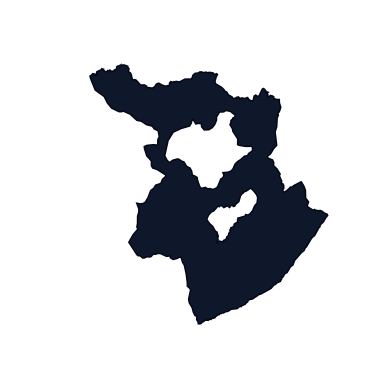 outline of Minahasa, Sulawesi Utara, Indonesia, rotated 20°
{"feature_id": "22746128B63895215577583", "entity_name": "Minahasa", "entity_type": "district", "adm_level": 2, "iso_a3": "IDN", "parent_name": "Indonesia", "parent_adm1": "Sulawesi Utara", "projection": "albers", "projection_center": [124.81, 1.242], "detail": "fine", "context": "isolated", "style": "filled", "palette": "ink", "viewbox_px": 384, "rotation_deg": 20, "n_neighbors": 0, "source": "geoboundaries", "source_scale": "gbopen_adm2", "svg_char_len": 6009}
<svg xmlns="http://www.w3.org/2000/svg" viewBox="0 0 384 384"><g transform="rotate(20 192 192)"><path d="M175.7,72.8L174.7,72.5L174.3,73.2L174.1,72.9L173.6,73.5L172.3,73.6L171.3,73.0L170.7,73.6L170.6,73.0L168.5,73.3L168.6,72.9L168.4,73.6L167.2,73.6L167.2,74.2L165.2,74.7L164.6,74.4L162.0,75.8L159.7,76.0L158.8,76.9L158.5,76.5L159.9,75.8L158.4,76.4L157.2,78.0L154.2,79.5L152.9,82.1L153.2,84.2L152.3,86.3L146.8,88.3L142.6,92.8L140.1,93.4L139.9,92.6L140.0,93.4L139.1,93.6L139.0,94.3L137.1,94.6L136.4,95.4L134.3,95.5L133.6,97.5L133.9,98.5L133.4,98.6L134.0,98.5L134.1,99.5L133.1,100.7L132.7,100.4L131.1,101.6L126.6,101.7L124.1,101.1L123.0,101.4L121.6,102.9L121.3,103.8L122.1,104.1L121.3,104.0L121.2,105.3L119.9,107.2L119.0,108.0L116.4,108.5L116.6,108.9L114.1,109.1L113.2,108.1L110.8,107.6L107.1,109.0L106.0,108.8L105.9,109.4L105.8,108.4L101.3,106.0L99.5,106.0L98.9,106.8L97.0,106.5L96.9,105.4L95.8,104.6L95.5,103.6L95.2,103.8L94.8,102.5L93.5,101.2L91.1,100.6L90.6,97.6L89.6,97.4L88.6,95.8L85.3,95.8L83.8,96.1L82.5,97.3L82.1,96.9L82.1,97.5L81.2,97.3L79.9,98.8L78.8,99.3L78.4,100.4L79.0,101.0L78.6,102.8L77.3,103.8L77.7,104.7L76.9,105.2L77.2,105.6L76.0,105.6L75.4,106.3L73.1,105.4L72.3,106.7L71.2,106.7L71.0,107.8L69.9,108.5L67.3,108.0L67.0,106.8L65.0,107.1L64.7,108.4L61.5,111.4L61.5,112.6L62.8,113.9L61.4,114.2L61.6,115.5L59.9,114.5L58.3,114.7L57.1,117.6L56.5,117.9L58.1,120.3L66.2,129.3L76.8,132.3L82.1,137.3L87.8,140.7L95.9,141.5L98.3,140.7L99.8,139.5L107.2,140.0L115.7,143.5L120.2,142.8L126.3,144.3L132.1,143.7L135.1,145.7L138.3,145.9L139.6,146.5L142.3,151.3L142.0,154.4L143.7,159.7L139.4,160.8L133.5,163.7L131.6,165.7L132.6,167.6L137.1,173.5L143.2,176.7L144.9,181.2L146.9,182.9L151.7,182.8L161.4,185.0L162.1,186.0L159.9,190.2L159.8,194.6L155.5,198.0L154.7,201.7L152.7,204.7L152.6,212.1L151.6,217.6L149.9,219.6L147.6,220.8L143.9,221.4L148.0,226.3L148.9,229.2L149.1,233.2L151.6,240.4L152.0,243.2L152.6,244.4L153.9,245.2L151.3,252.2L149.8,260.8L161.7,269.8L163.2,270.3L164.9,269.7L168.4,270.9L170.0,270.1L171.4,268.5L174.9,267.3L175.8,266.4L176.8,263.6L179.3,262.9L179.8,262.1L183.1,260.6L190.1,261.2L193.1,259.6L194.2,261.2L197.2,261.9L200.3,259.9L202.6,257.5L204.5,257.4L206.9,261.0L209.9,263.5L214.6,271.0L218.9,279.4L219.8,282.1L223.1,283.4L224.1,284.4L225.5,294.0L227.4,297.1L231.6,300.5L234.3,304.4L237.0,307.0L239.2,307.4L240.1,310.5L242.1,311.8L242.9,313.7L244.3,313.3L245.5,312.5L246.4,310.2L247.1,310.0L248.3,307.9L251.2,307.0L252.1,305.5L253.5,305.3L253.9,304.1L256.4,302.5L257.0,300.7L259.0,297.8L259.4,298.0L260.2,296.3L260.9,296.4L261.9,295.1L262.9,295.0L264.4,293.1L266.6,291.9L268.9,288.8L274.2,286.2L276.0,283.3L277.5,282.8L277.6,282.0L280.3,279.4L281.3,276.7L281.8,276.5L281.9,274.7L282.5,273.8L283.6,272.7L285.2,272.1L290.3,265.1L291.3,264.7L299.2,255.6L300.9,251.2L302.2,250.2L302.3,249.0L305.6,245.8L306.0,243.2L305.4,241.6L306.2,241.4L306.9,239.5L306.9,237.6L308.9,235.1L310.2,228.4L311.8,226.2L311.8,221.3L315.5,211.7L317.4,208.4L317.4,206.4L318.3,204.2L320.2,194.3L322.1,191.0L323.5,181.9L324.1,181.1L323.8,179.0L325.6,175.4L326.5,170.5L327.5,167.6L326.2,166.5L323.9,166.6L320.9,165.6L318.8,165.5L317.4,166.3L314.4,166.8L313.0,166.5L312.2,167.7L306.2,166.5L305.0,165.5L304.9,161.4L300.9,158.9L297.9,151.4L294.9,148.0L291.1,145.0L285.3,151.3L284.4,153.1L282.9,153.6L280.7,158.3L278.4,160.9L276.5,159.2L277.0,157.1L275.8,154.2L274.8,153.3L273.0,153.3L272.7,151.3L268.5,146.8L268.7,145.0L263.7,141.1L259.7,139.4L258.7,136.3L256.7,134.3L252.1,134.2L250.8,133.1L250.8,132.3L252.7,129.5L253.9,123.3L255.6,119.1L249.5,107.1L249.3,101.8L246.7,93.3L246.9,90.2L245.7,88.8L246.6,86.8L246.5,82.1L243.5,78.1L242.4,75.2L240.2,76.0L237.5,76.1L236.3,75.3L236.2,74.5L234.3,74.2L232.5,74.5L232.2,75.6L230.6,76.7L230.4,75.6L229.6,75.3L229.9,74.4L228.6,74.0L229.5,72.3L228.2,72.4L227.9,73.2L227.1,73.0L227.4,72.0L226.1,71.7L225.4,70.7L223.7,70.3L222.8,71.3L222.2,78.5L221.2,79.8L218.7,79.1L217.6,80.6L218.1,84.8L217.6,86.1L214.2,85.8L211.9,84.2L209.7,86.0L206.2,86.7L204.8,88.2L204.0,87.1L203.0,86.8L201.5,87.8L200.5,89.2L198.1,90.1L197.1,88.9L193.0,88.3L190.4,86.2L187.2,85.8L187.4,85.1L184.3,83.6L177.1,82.2L175.8,80.5L175.4,76.3L175.7,72.8ZM200.6,103.1L206.4,105.1L206.5,107.1L205.0,108.7L205.5,109.8L204.5,110.6L204.2,111.9L204.7,113.1L204.7,115.7L208.5,118.9L209.6,121.0L216.9,126.5L218.6,131.8L220.0,132.1L226.9,130.8L232.8,128.5L234.2,130.8L234.7,132.7L232.0,136.5L231.8,138.8L228.9,140.5L227.0,144.4L224.4,147.8L222.9,151.1L222.6,156.3L221.6,158.8L218.9,161.2L214.4,163.2L215.9,164.9L216.4,166.6L215.7,168.7L214.6,169.9L214.3,177.8L213.7,179.7L211.0,182.4L207.5,182.7L205.8,183.7L203.0,183.1L198.9,185.8L198.7,185.0L197.1,184.0L193.0,178.7L191.9,176.6L189.3,176.0L186.7,176.1L184.3,172.2L181.8,170.1L178.3,169.8L174.0,166.4L172.2,166.6L168.5,165.7L167.0,165.9L163.1,168.7L161.0,171.8L160.1,171.9L157.2,170.3L154.0,167.3L151.9,151.8L153.9,142.2L159.9,136.2L167.3,130.7L167.8,127.2L167.4,125.3L168.1,123.4L172.3,126.8L174.4,125.4L177.5,124.7L178.7,127.4L182.2,129.5L186.6,127.7L189.1,124.5L190.2,121.1L190.5,116.3L189.4,113.0L190.5,107.5L194.3,105.9L196.0,103.8L200.6,103.1ZM245.9,168.2L250.0,170.1L253.8,172.6L255.7,174.9L256.9,180.1L255.6,183.6L255.3,188.9L253.8,193.0L252.3,194.6L250.1,194.9L250.2,196.4L244.0,200.9L244.7,202.0L244.3,202.7L244.9,203.1L244.9,204.7L242.6,207.8L243.1,209.2L242.4,210.9L240.6,212.5L241.2,213.7L240.5,214.8L241.5,215.7L241.3,217.0L240.8,217.2L241.0,220.7L240.0,222.5L240.5,223.4L239.5,225.5L238.1,226.8L237.9,228.5L234.5,228.7L232.7,231.2L232.2,230.6L232.9,227.9L231.9,226.5L231.9,225.0L230.9,224.8L231.4,224.1L230.4,222.8L229.8,223.2L229.4,222.6L229.4,221.2L227.4,220.8L223.2,217.2L219.5,215.7L216.0,213.4L215.2,212.5L215.4,208.3L217.0,204.2L219.2,202.0L218.9,201.2L219.7,200.5L221.1,196.5L222.6,196.5L222.5,195.7L224.9,194.7L227.2,195.8L230.0,192.9L232.6,193.7L233.7,190.4L234.4,190.3L235.7,191.5L236.9,190.8L237.3,188.4L239.3,185.1L238.9,179.3L239.6,176.2L240.1,176.2L241.1,173.8L242.6,172.7L245.9,168.2Z" fill="#0f172a" stroke="#020617" stroke-width="1.5"/></g></svg>